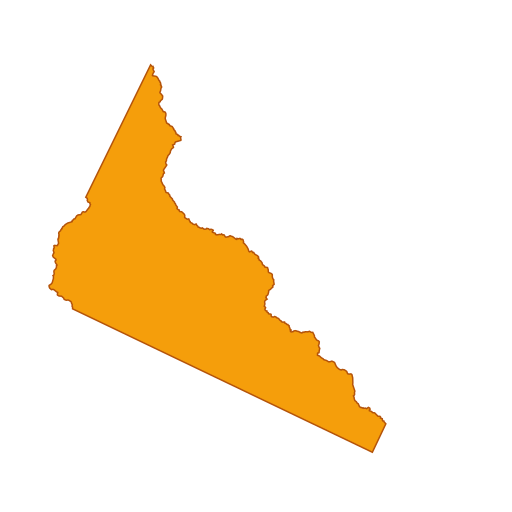 Pehuenches, Neuquén, Argentina (Robinson projection), rotated 25°
{"feature_id": "61730980B17144703425543", "entity_name": "Pehuenches", "entity_type": "district", "adm_level": 2, "iso_a3": "ARG", "parent_name": "Argentina", "parent_adm1": "Neuquén", "projection": "robinson", "projection_center": [-69.405, -37.182], "detail": "fine", "context": "isolated", "style": "filled", "palette": "amber", "viewbox_px": 512, "rotation_deg": 25, "n_neighbors": 0, "source": "geoboundaries", "source_scale": "gbopen_adm2", "svg_char_len": 6042}
<svg xmlns="http://www.w3.org/2000/svg" viewBox="0 0 512 512"><g transform="rotate(25 256 256)"><path d="M444.6,353.2L442.2,352.2L441.6,351.5L440.6,351.9L440.2,351.7L439.2,350.1L437.3,350.3L437.1,349.4L436.0,348.9L434.3,349.7L429.8,348.0L428.2,348.6L427.6,348.7L426.7,348.1L424.1,348.3L423.8,347.6L424.2,346.9L424.1,346.6L423.3,345.8L421.8,345.7L420.8,347.6L419.4,347.6L418.1,348.5L417.2,348.3L416.8,348.8L415.6,348.7L415.1,349.0L413.5,348.8L411.1,346.7L409.7,346.5L408.6,345.7L406.6,345.2L405.0,343.4L404.6,342.6L403.4,341.6L403.9,340.5L403.8,339.6L403.0,338.3L402.7,336.7L397.9,331.6L397.4,330.1L395.1,325.5L393.0,322.9L391.9,322.7L390.5,323.6L389.2,324.0L388.1,323.4L387.4,322.6L386.8,322.2L384.2,321.8L382.1,322.4L381.5,323.2L380.0,323.5L379.1,323.4L376.7,322.8L375.0,321.8L372.2,319.3L371.3,319.2L369.2,319.2L367.7,320.6L366.5,321.2L364.1,320.9L361.3,321.3L360.3,320.8L358.1,320.6L355.8,319.8L353.7,320.0L352.9,318.2L353.0,317.8L353.9,317.2L353.9,316.8L353.3,315.0L352.8,312.7L352.0,312.3L350.4,310.7L350.3,309.0L349.6,307.0L348.6,306.5L347.1,306.6L345.9,306.2L344.3,305.2L343.4,304.9L342.5,303.4L339.7,301.2L338.2,301.9L336.3,301.6L335.1,302.8L332.5,303.9L331.8,304.9L330.8,305.0L330.4,306.0L329.5,306.6L328.7,306.4L328.2,306.7L326.9,306.4L326.2,306.6L325.7,306.5L325.1,306.9L324.2,306.8L323.1,307.1L322.0,307.9L321.5,309.0L320.0,309.9L319.3,309.9L318.7,309.3L319.2,308.3L318.7,308.1L317.9,308.1L317.3,307.2L315.8,305.9L315.5,305.2L314.3,305.0L313.8,304.6L312.8,305.0L311.8,304.5L310.4,304.6L309.9,303.8L309.6,303.8L308.4,304.6L306.8,304.8L306.2,304.2L304.7,304.1L302.9,303.1L300.7,303.2L300.4,302.9L298.5,302.9L297.5,304.1L295.8,304.4L295.1,304.0L294.5,302.7L294.0,302.4L292.2,303.0L291.7,303.0L291.0,302.2L289.6,302.1L289.1,301.2L288.3,301.5L287.0,301.0L286.5,300.4L286.6,298.8L286.0,298.4L284.8,298.1L284.3,295.6L283.6,294.7L283.0,293.4L283.0,293.0L283.5,291.7L284.3,290.4L282.6,289.6L282.7,289.2L282.2,288.1L283.0,286.5L283.1,285.8L282.6,283.0L282.1,282.2L282.4,281.1L283.2,280.2L283.6,278.7L284.4,277.2L284.4,276.9L283.6,275.9L284.4,274.0L282.5,271.2L282.2,270.1L280.8,269.4L279.6,268.0L278.7,266.1L278.3,265.7L276.9,265.4L274.9,265.6L273.9,265.2L272.9,263.3L271.3,261.6L268.7,262.3L267.9,261.5L265.5,261.0L264.3,259.5L262.1,258.4L260.7,258.4L260.1,257.5L259.1,257.2L258.8,257.0L258.9,255.9L257.3,255.1L254.2,254.9L252.3,253.7L251.5,254.3L250.2,253.4L249.8,253.4L248.4,255.0L247.6,254.8L245.7,252.8L243.5,251.2L240.3,249.7L239.0,249.4L238.7,248.3L237.3,246.7L236.2,246.6L235.7,246.9L235.7,247.3L235.3,247.4L234.6,246.9L234.0,246.8L232.7,247.9L231.3,248.1L231.5,249.1L231.0,249.3L226.7,248.3L224.6,248.6L224.1,248.5L223.4,249.1L223.2,249.9L220.8,251.6L220.0,251.6L218.3,250.4L217.8,250.4L216.9,251.0L215.5,250.5L215.1,251.4L214.0,251.7L211.6,253.4L210.2,253.6L209.8,252.8L209.4,252.6L206.5,252.9L206.2,252.6L206.1,252.0L206.5,251.0L206.4,250.7L204.7,250.6L203.8,250.8L203.0,251.7L201.3,251.4L199.6,251.8L199.3,252.8L197.7,253.6L195.4,253.2L195.1,253.8L193.3,254.2L192.2,254.0L191.4,254.3L190.7,253.6L189.2,253.2L188.5,252.3L188.2,252.3L187.0,253.6L185.1,253.7L184.4,253.3L182.5,253.3L181.9,253.0L181.8,252.6L181.1,252.4L179.4,250.8L178.1,251.7L175.1,251.3L174.4,249.5L173.5,248.5L171.6,247.8L169.9,247.3L168.2,247.9L167.4,247.5L166.8,246.7L166.3,246.9L164.5,246.5L164.3,246.2L164.1,244.9L161.8,243.7L160.9,242.7L159.8,242.3L159.4,241.6L156.9,240.6L156.1,239.6L153.2,238.5L152.6,238.2L152.2,237.3L151.0,236.9L150.0,236.0L147.8,236.4L147.3,236.2L146.4,235.1L144.8,233.9L144.4,232.3L142.7,231.2L141.4,230.7L139.4,228.9L138.8,228.6L138.3,228.0L138.0,227.0L137.3,226.2L137.1,225.1L137.7,223.9L137.8,223.2L137.3,220.3L137.9,219.5L137.1,218.6L136.1,217.8L135.8,216.9L136.7,211.4L136.6,211.1L135.4,210.6L134.3,208.9L134.6,207.7L133.9,205.7L134.0,204.1L133.8,202.2L134.4,200.4L134.6,198.6L134.1,196.9L134.3,194.5L135.3,192.6L135.3,192.3L133.5,190.6L135.0,189.0L134.7,187.8L134.8,186.7L139.0,183.0L139.0,182.5L137.6,180.6L137.6,179.6L136.1,179.8L134.9,179.3L134.5,179.7L133.5,179.0L132.1,179.1L131.8,179.0L131.1,177.8L130.2,177.4L129.5,176.6L128.0,176.2L127.8,175.6L125.3,174.1L122.8,174.3L121.8,173.4L121.0,173.7L120.3,173.2L118.9,173.3L115.7,169.9L115.2,168.5L115.0,167.0L114.3,165.3L113.8,164.7L112.9,164.0L111.5,164.1L111.0,164.4L108.4,162.5L107.6,162.4L105.7,161.2L105.5,160.8L104.1,160.1L103.2,158.3L103.2,157.7L104.0,156.6L103.8,155.7L104.8,153.5L104.5,152.1L104.0,151.1L103.9,150.5L102.1,149.5L100.0,148.7L99.7,148.3L99.7,146.7L99.0,144.2L99.1,142.7L98.6,142.6L98.2,141.8L97.1,141.3L97.3,140.8L96.0,139.1L95.1,138.8L94.9,138.2L93.7,137.8L93.0,137.1L91.0,135.7L89.5,135.4L86.2,136.3L85.8,136.1L85.5,134.0L85.8,132.0L83.8,130.4L83.5,129.9L83.8,129.2L83.8,128.8L82.7,128.2L82.6,127.8L82.3,128.0L81.2,127.9L79.7,127.3L76.9,274.7L78.7,275.1L79.4,276.0L79.5,276.9L80.9,278.1L82.9,277.9L83.4,278.8L84.3,279.4L84.2,280.0L84.5,281.6L84.1,282.5L84.2,283.6L83.8,284.3L83.2,287.5L82.3,288.6L80.9,288.8L80.1,289.5L79.8,292.5L77.3,294.0L77.2,294.5L76.5,295.4L76.2,298.8L75.3,299.4L74.9,301.0L74.5,301.4L74.8,302.3L74.5,302.3L74.3,303.1L73.7,303.7L71.5,305.6L69.8,308.2L69.4,309.8L68.5,311.2L68.6,312.7L68.3,313.1L68.6,313.5L68.1,314.5L68.2,315.7L67.5,317.1L67.4,318.2L67.8,319.2L68.4,319.7L68.5,320.5L68.8,320.7L69.0,321.7L69.3,322.0L69.3,322.9L69.6,323.3L69.4,323.8L69.6,324.1L69.4,324.3L69.5,324.7L71.7,327.9L71.5,330.6L68.8,331.6L68.5,332.2L69.7,333.8L69.4,334.6L69.6,334.8L69.9,336.6L71.6,338.5L71.4,339.3L71.5,341.6L72.8,342.7L76.1,343.5L76.5,344.5L76.1,345.2L76.2,345.8L77.2,346.9L79.5,348.3L79.5,348.6L79.2,349.0L79.8,350.3L80.0,351.8L79.9,352.4L79.2,354.1L79.2,354.9L79.6,355.9L80.4,356.9L80.8,358.5L80.7,359.1L80.3,359.5L81.1,360.2L81.9,362.1L82.6,366.3L82.2,368.0L80.9,370.1L81.5,371.3L82.6,372.3L84.9,373.0L86.0,372.0L87.5,372.0L90.4,372.8L91.4,372.8L91.7,372.8L92.2,374.8L92.6,375.3L94.4,375.5L96.8,374.6L99.4,375.4L100.5,376.4L102.7,376.3L104.1,375.4L104.8,375.2L107.4,375.5L108.1,375.9L108.9,376.9L110.1,377.8L110.5,379.2L111.3,379.8L112.1,381.4L444.4,384.7L444.6,353.2Z" fill="#f59e0b" stroke="#b45309" stroke-width="1.5"/></g></svg>